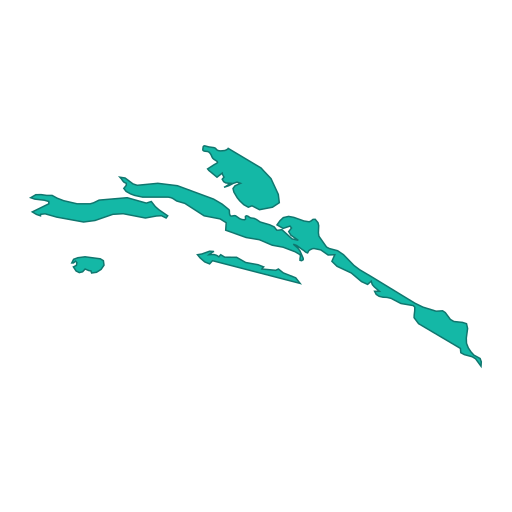 Dubrovacko-Neretvanska, Robinson projection
{"feature_id": "HRV-1490", "entity_name": "Dubrovacko-Neretvanska", "entity_type": "County", "adm_level": 1, "iso_a3": "HRV", "parent_name": "Croatia", "parent_adm1": "", "projection": "robinson", "projection_center": [17.511, 42.787], "detail": "fine", "context": "isolated", "style": "filled", "palette": "teal", "viewbox_px": 512, "rotation_deg": 0, "n_neighbors": 0, "source": "natural_earth", "source_scale": "10m", "svg_char_len": 3803}
<svg xmlns="http://www.w3.org/2000/svg" viewBox="0 0 512 512"><path d="M466.5,323.7L467.6,328.5L466.3,338.1L466.5,343.3L468.3,347.9L470.9,351.8L474.0,355.2L475.9,356.2L480.1,358.5L481.3,361.8L481.0,366.2L475.6,358.8L472.3,356.8L464.3,354.6L460.8,352.7L460.4,348.4L418.6,323.7L414.1,317.7L414.2,315.0L414.7,310.9L414.8,307.2L413.3,305.6L400.9,303.5L390.9,298.3L387.0,297.4L382.9,297.2L379.1,296.3L376.2,294.4L374.6,291.3L379.4,291.3L374.2,286.8L372.3,284.6L371.2,281.2L367.6,284.4L361.5,281.6L351.3,273.0L337.0,266.3L331.9,261.3L334.8,254.7L328.1,255.0L320.8,249.9L314.0,248.5L312.4,248.7L310.6,249.5L308.9,250.5L307.6,252.9L306.1,252.4L304.6,251.3L304.1,250.7L302.5,249.7L296.7,245.5L293.3,244.2L297.8,248.1L300.0,251.0L303.2,258.3L303.2,259.7L301.6,260.7L300.0,260.3L300.0,258.5L300.4,256.3L300.1,254.7L295.2,251.8L283.1,247.2L272.2,245.2L259.3,239.7L246.1,237.5L225.7,230.2L226.2,222.7L220.1,218.9L204.1,215.8L184.9,203.4L176.7,201.0L172.9,198.5L171.1,197.7L168.2,197.1L142.5,197.1L134.6,195.4L130.6,193.9L126.1,191.4L123.8,188.4L126.3,185.3L126.3,183.3L124.1,182.3L122.7,180.8L121.5,179.0L119.9,177.2L125.1,178.0L133.0,183.9L137.2,185.3L157.8,183.3L177.4,185.7L213.6,199.1L222.1,204.1L229.0,209.7L229.4,210.8L229.4,212.4L229.6,214.2L230.4,215.8L231.5,216.1L234.4,215.6L235.6,215.8L239.8,218.7L241.9,219.5L244.6,219.8L245.5,219.2L245.4,216.4L246.3,215.8L247.8,216.1L250.0,217.6L251.3,218.0L254.2,218.4L256.5,219.5L260.2,222.0L269.7,224.8L274.2,226.9L276.8,230.2L278.4,230.2L281.9,229.7L292.1,238.9L298.3,240.3L290.9,235.2L288.7,231.6L291.5,228.0L290.0,226.1L283.1,228.4L277.0,224.9L280.0,220.7L283.3,217.6L288.6,216.4L293.9,217.4L304.0,221.0L309.2,221.8L311.1,220.9L313.0,219.4L315.2,219.3L318.0,222.7L318.7,225.6L318.4,232.8L318.9,236.2L326.5,247.0L329.2,248.5L337.6,250.7L343.5,254.7L353.9,265.4L359.6,269.7L372.6,277.4L414.9,303.2L422.9,307.1L436.1,311.2L442.6,310.8L445.3,312.6L450.2,319.2L450.3,319.4L453.9,321.5L462.5,322.4L466.5,323.7ZM228.2,148.4L261.1,168.0L263.6,170.8L271.0,178.6L278.3,194.4L279.3,202.7L272.5,207.2L259.5,209.7L259.3,209.6L252.0,205.8L248.3,207.2L243.8,204.7L239.7,200.8L237.2,197.7L233.9,192.1L233.0,188.5L235.0,185.8L240.5,183.3L237.1,182.1L233.2,183.4L228.8,185.7L224.0,187.3L225.7,186.5L230.4,183.3L228.1,183.2L225.7,182.9L223.7,181.7L222.2,179.2L224.0,177.2L222.5,174.4L222.2,173.1L217.0,177.2L208.9,170.5L207.6,168.9L214.4,164.5L216.0,163.7L217.5,162.6L217.3,161.6L216.4,160.9L213.9,159.3L212.8,158.3L212.1,157.2L210.9,154.5L210.0,153.2L208.8,152.0L207.5,151.5L204.7,151.2L203.5,150.8L202.9,150.2L202.8,149.4L203.2,146.7L203.8,146.0L204.6,145.8L208.8,146.9L213.8,147.6L215.0,148.0L215.6,148.4L216.5,149.5L217.5,150.3L218.8,150.7L220.6,150.9L224.9,150.5L226.7,149.7L227.9,148.9L228.2,148.4ZM151.3,201.5L155.3,206.6L159.1,209.9L167.7,215.8L166.1,218.0L161.5,215.7L156.4,216.0L145.4,218.0L123.2,213.7L112.9,214.3L95.0,220.5L83.6,222.0L56.7,217.1L45.1,213.8L40.6,214.3L40.5,215.8L36.4,214.4L32.3,211.9L48.8,203.8L48.8,201.5L44.2,200.2L34.7,199.1L30.7,197.7L35.8,194.7L41.1,194.6L46.6,195.4L52.1,195.4L57.2,198.2L63.7,200.7L77.1,203.8L90.2,203.8L93.6,202.8L99.1,200.1L127.2,197.7L146.3,203.1L151.3,201.5ZM278.4,269.0L283.3,272.9L295.7,277.8L300.1,283.4L212.5,260.7L209.6,263.9L204.7,261.9L200.1,257.9L197.5,254.7L201.8,254.0L209.6,251.2L214.0,251.5L212.8,251.9L211.6,252.7L209.0,254.7L211.7,254.5L214.3,254.6L216.7,255.4L218.9,256.8L220.7,254.7L224.8,257.2L236.6,257.3L245.7,262.5L258.0,264.7L263.6,266.9L262.8,267.6L262.6,267.7L261.9,269.0L275.8,270.3L278.4,269.0ZM85.1,256.8L100.3,258.8L103.4,260.7L104.0,265.2L101.1,269.4L96.5,272.3L91.6,273.0L90.9,270.9L88.9,270.6L85.1,269.0L82.6,271.8L79.3,272.6L76.1,271.0L73.4,266.9L76.4,265.4L76.9,262.7L75.6,261.1L73.5,262.9L71.8,262.9L73.6,259.3L77.9,257.7L85.1,256.8Z" fill="#14b8a6" stroke="#0f766e" stroke-width="1.5"/></svg>